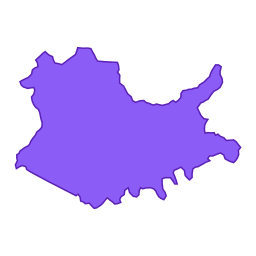 outline of Redenção da Serra, São Paulo, Brazil
{"feature_id": "56859067B72964394326652", "entity_name": "Redenção da Serra", "entity_type": "district", "adm_level": 2, "iso_a3": "BRA", "parent_name": "Brazil", "parent_adm1": "São Paulo", "projection": "albers", "projection_center": [-45.504, -23.25], "detail": "fine", "context": "isolated", "style": "filled", "palette": "violet", "viewbox_px": 256, "rotation_deg": 0, "n_neighbors": 0, "source": "geoboundaries", "source_scale": "gbopen_adm2", "svg_char_len": 2836}
<svg xmlns="http://www.w3.org/2000/svg" viewBox="0 0 256 256"><path d="M20.0,81.6L21.2,85.0L23.3,86.9L27.6,88.4L30.6,87.9L33.7,87.5L34.8,90.2L33.8,94.1L31.5,97.0L32.1,100.7L33.5,104.2L35.7,107.4L38.4,109.3L39.7,112.5L40.4,116.0L41.1,119.4L42.2,122.6L41.9,127.1L39.3,130.1L37.0,131.8L35.3,135.2L32.6,138.6L30.8,141.3L29.7,144.1L28.0,146.0L25.7,147.0L22.6,149.1L20.1,151.0L19.0,153.3L16.8,154.8L16.8,158.0L17.4,160.8L15.4,164.9L16.4,168.6L19.3,166.8L22.2,165.5L26.0,166.8L26.6,169.4L29.2,171.1L32.7,173.1L49.7,182.2L52.7,183.7L76.0,195.7L78.0,194.2L80.0,196.9L80.7,201.1L83.2,201.9L85.2,203.7L89.3,203.2L91.6,205.8L94.1,208.3L96.4,207.9L100.3,205.5L102.6,203.5L105.3,200.0L107.4,197.8L109.8,200.0L112.6,201.9L114.6,204.0L117.4,203.7L120.8,202.4L119.7,199.8L120.8,196.9L124.2,194.6L124.8,190.3L128.2,187.8L129.6,192.6L133.2,196.3L136.6,196.9L138.8,194.9L139.3,190.4L140.6,187.7L142.8,188.8L145.5,188.0L150.6,187.7L153.6,188.8L155.7,190.8L156.9,193.6L158.8,196.7L160.8,198.3L163.8,199.7L166.2,195.9L165.1,192.5L162.8,189.0L162.1,183.3L162.1,178.8L165.1,177.7L170.3,177.7L172.9,180.9L174.8,184.0L177.2,184.0L176.2,180.4L174.8,176.6L173.2,172.8L174.2,170.2L177.5,168.9L180.9,167.2L184.4,170.4L185.2,175.5L187.4,178.0L189.4,179.9L192.1,177.5L192.1,173.4L192.9,168.7L195.6,167.1L198.0,166.7L200.5,165.3L203.4,163.7L205.7,162.3L209.9,160.7L207.7,158.7L209.5,155.9L212.7,156.0L216.1,154.6L220.4,152.9L223.8,155.0L225.1,158.8L227.7,160.3L230.0,161.4L233.6,162.6L235.8,160.4L237.3,158.2L238.7,154.6L238.4,150.3L240.6,147.4L238.2,144.4L235.9,141.5L233.6,139.9L230.2,140.2L226.3,140.4L223.8,137.7L220.1,136.2L217.9,134.1L215.4,135.3L214.2,132.7L210.9,132.9L207.8,132.6L205.1,133.1L204.4,129.6L204.7,125.3L206.1,122.1L207.9,119.4L203.9,118.7L201.0,115.6L199.1,111.7L197.3,107.7L199.1,105.4L200.6,103.0L203.2,102.0L205.4,100.5L208.2,99.1L211.0,94.8L213.8,91.3L217.2,89.5L220.0,87.4L222.5,82.4L222.1,78.6L220.1,74.6L220.1,71.4L221.2,66.7L218.5,64.9L215.5,64.9L213.8,67.6L212.1,70.3L210.4,73.9L209.7,76.7L207.4,78.6L203.9,82.1L199.7,84.7L197.5,87.8L194.1,88.2L191.3,89.3L188.9,89.3L186.5,90.2L182.9,90.7L181.0,93.4L180.9,97.5L178.6,100.0L175.8,102.3L173.2,100.5L170.7,101.9L168.7,103.7L166.1,104.4L162.2,105.4L159.3,104.7L156.3,104.0L153.9,105.1L151.4,104.4L148.8,103.2L146.3,102.7L143.9,100.5L140.9,100.7L138.3,101.3L135.7,102.4L132.6,100.7L131.2,96.8L127.6,93.7L125.8,90.3L123.7,86.2L119.7,83.1L119.6,79.0L119.8,75.2L117.6,72.2L119.0,69.7L118.4,65.0L117.4,62.4L105.8,61.8L97.6,61.1L95.7,58.1L94.4,55.0L92.7,52.2L90.9,48.6L87.9,48.1L82.8,48.2L77.7,47.7L76.9,50.6L75.5,54.5L71.5,57.4L68.5,59.5L65.8,61.7L61.8,64.6L58.3,63.6L54.8,63.0L53.4,60.1L52.5,56.6L48.7,54.9L45.2,51.6L42.9,53.2L40.1,56.0L37.7,58.2L35.7,60.1L37.4,62.7L38.0,66.6L34.3,68.3L32.4,69.9L31.6,74.1L28.5,77.3L23.3,79.8L20.0,81.6Z" fill="#8b5cf6" stroke="#5b21b6" stroke-width="1.5"/></svg>